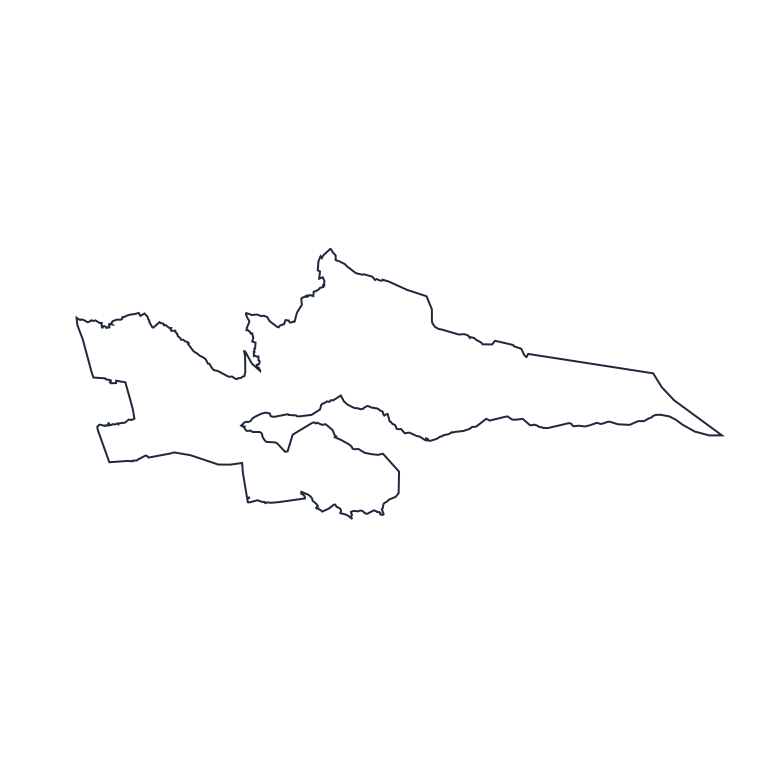 outline of Tetela del Volcán, Morelos, Mexico, rotated 64°
{"feature_id": "50627088B54865100778576", "entity_name": "Tetela del Volcán", "entity_type": "district", "adm_level": 2, "iso_a3": "MEX", "parent_name": "Mexico", "parent_adm1": "Morelos", "projection": "orthographic", "projection_center": [-98.713, 18.918], "detail": "fine", "context": "isolated", "style": "outline", "palette": "slate", "viewbox_px": 768, "rotation_deg": 64, "n_neighbors": 0, "source": "geoboundaries", "source_scale": "gbopen_adm2", "svg_char_len": 6165}
<svg xmlns="http://www.w3.org/2000/svg" viewBox="0 0 768 768"><g transform="rotate(64 384 384)"><path d="M492.4,137.4L420.2,241.2L422.2,244.1L420.0,245.2L412.5,245.2L407.2,250.5L405.4,251.0L393.9,265.2L395.8,269.5L391.5,278.1L389.6,278.3L384.5,281.9L382.2,282.8L379.6,285.9L380.1,286.7L377.3,287.1L374.3,290.1L372.4,295.0L360.2,308.4L358.6,310.7L355.0,313.1L350.9,313.8L348.8,313.5L337.7,308.2L323.8,307.3L309.5,322.0L293.9,334.9L289.7,339.5L290.2,340.0L289.6,341.9L286.4,344.7L286.5,346.6L283.4,347.1L282.1,347.7L276.5,354.1L276.2,355.7L272.0,360.7L261.6,365.9L259.4,366.4L254.5,370.1L251.4,373.1L247.3,371.1L243.3,372.3L239.5,372.6L239.0,373.1L241.8,382.3L243.6,384.6L241.4,385.0L245.1,389.2L252.8,393.7L254.8,392.2L260.9,396.1L261.2,392.3L265.5,392.4L267.6,393.9L268.9,394.3L268.4,395.2L269.9,395.5L269.7,396.2L270.2,396.4L269.5,399.4L270.2,400.8L270.7,403.4L270.3,406.8L274.0,409.0L271.6,411.5L271.9,414.6L271.6,415.6L270.8,414.8L270.7,420.4L271.1,421.0L276.8,423.1L281.8,431.1L288.7,436.9L288.6,437.8L288.2,437.8L288.1,440.2L287.2,441.8L285.2,441.8L283.4,444.5L286.4,447.6L286.0,448.1L286.3,449.1L285.8,451.5L286.9,453.9L285.8,455.0L277.3,459.3L272.7,459.6L269.9,462.1L269.2,464.5L265.8,467.8L264.2,472.3L259.9,476.7L260.8,477.6L265.6,477.8L267.9,477.4L269.3,478.0L273.1,482.3L275.2,484.0L275.8,482.7L276.9,482.6L278.0,481.7L280.4,481.5L280.7,480.3L285.4,481.3L288.1,483.8L290.5,481.3L295.4,484.2L295.3,485.0L298.4,486.4L298.1,487.0L301.9,488.7L302.3,487.2L303.8,486.2L304.2,484.8L307.6,486.4L308.2,485.9L309.5,485.9L311.5,487.8L310.9,489.9L312.9,490.8L314.3,489.5L317.7,489.4L318.0,489.6L307.8,493.8L293.9,494.5L293.3,495.3L298.2,496.7L312.4,503.4L315.7,506.1L315.4,508.1L315.9,510.1L314.8,512.6L315.2,514.0L314.0,515.4L310.8,517.2L309.3,520.5L299.3,527.8L296.9,530.9L294.0,531.7L289.4,532.0L288.5,533.3L283.8,533.4L281.6,534.3L277.5,537.4L275.5,538.1L271.2,540.8L262.0,542.6L261.7,541.6L260.5,542.0L258.2,544.2L256.3,545.0L255.0,547.2L253.6,547.0L250.5,548.3L247.9,547.9L245.9,548.7L244.6,548.2L243.0,551.8L241.8,552.0L240.4,550.7L239.7,552.3L235.4,554.4L234.8,556.0L234.2,555.7L232.9,556.0L231.2,558.2L230.0,558.7L232.2,566.7L231.1,567.4L225.4,567.8L224.0,567.1L222.6,567.5L219.7,567.0L215.6,568.4L216.0,573.0L212.6,573.3L211.9,577.2L210.4,581.7L209.8,585.2L209.9,588.3L209.2,589.7L210.7,590.8L210.9,592.2L209.0,596.1L208.6,600.2L209.9,602.8L211.4,602.2L209.7,604.7L210.7,605.5L211.6,605.4L212.7,606.0L212.0,608.5L211.6,608.1L209.2,610.3L208.9,611.5L209.9,612.0L209.6,612.7L207.0,612.0L205.7,610.9L205.2,611.1L204.6,612.8L200.4,615.4L200.0,617.2L198.9,619.2L198.5,619.2L198.8,621.8L198.4,623.5L195.6,625.2L193.3,627.6L193.3,629.1L189.7,631.3L196.8,633.8L212.0,635.2L245.0,641.6L250.8,642.3L256.7,632.1L257.7,632.1L260.8,628.0L261.9,628.4L262.2,629.6L263.7,629.0L265.7,624.4L263.6,623.3L269.1,615.7L296.5,620.8L305.7,623.5L305.7,626.6L304.1,629.0L305.2,633.8L303.0,639.9L303.8,640.4L302.4,641.7L302.6,642.6L302.0,644.5L301.2,645.1L301.3,647.0L300.8,648.6L300.3,649.0L298.9,648.4L298.5,649.0L300.4,650.4L299.0,652.4L299.4,653.2L296.0,657.1L296.0,658.5L296.8,660.5L300.0,661.4L333.9,665.2L340.7,648.3L343.2,643.9L342.8,643.8L343.2,641.9L344.1,640.6L344.4,639.1L344.0,638.3L343.8,629.7L344.9,628.5L346.9,627.9L352.9,606.2L353.5,602.6L363.2,589.1L383.7,568.3L389.0,557.7L392.8,546.2L402.4,549.9L426.4,557.0L426.8,555.1L427.3,555.2L426.8,557.1L430.6,558.2L431.1,557.6L431.8,555.1L433.0,548.7L436.8,544.9L437.6,543.1L439.0,543.0L439.3,540.7L441.3,537.5L444.1,530.2L452.2,505.2L450.6,504.6L448.7,504.8L446.2,506.5L444.7,505.5L449.9,500.9L452.7,499.4L455.3,498.8L457.6,499.3L462.0,497.4L464.7,496.9L465.3,499.0L466.4,499.2L467.2,497.4L468.2,497.4L469.4,496.3L471.6,495.4L471.8,488.6L470.5,481.8L471.0,480.8L473.7,480.3L476.8,478.0L479.0,478.1L480.9,479.9L484.4,475.8L487.1,473.7L491.4,471.7L489.1,471.9L487.3,470.0L486.1,470.3L484.4,469.6L484.8,466.8L487.1,463.2L487.2,461.3L488.0,459.7L489.2,458.7L491.2,458.1L492.7,457.0L493.3,455.8L493.1,448.4L495.4,446.4L496.0,446.4L497.1,444.3L498.5,443.8L499.5,444.5L501.1,442.5L500.7,441.3L495.7,440.9L495.1,439.6L491.8,437.2L491.1,435.8L491.0,433.0L490.1,430.4L490.5,422.9L488.5,418.7L469.4,408.9L446.2,415.5L445.0,420.6L441.3,426.4L437.4,431.5L431.3,435.4L429.5,439.5L428.3,440.6L426.4,440.5L423.6,441.5L415.8,446.8L410.3,451.5L409.9,450.0L408.4,450.8L402.8,450.4L394.6,454.1L393.5,457.6L389.4,461.2L389.5,462.7L387.8,463.7L387.5,465.7L389.5,488.3L402.3,500.2L401.6,502.6L390.6,506.0L388.8,507.4L384.6,514.9L383.3,515.7L378.8,516.4L375.5,515.6L373.9,515.8L372.6,516.9L369.9,522.4L368.9,523.7L367.5,524.2L366.3,527.4L365.3,528.3L361.4,528.9L361.1,528.1L360.2,529.8L358.7,530.6L358.4,528.4L357.4,527.3L357.6,524.2L358.5,523.1L358.8,521.6L358.8,520.2L357.3,517.3L356.9,514.5L356.9,507.6L357.8,503.0L360.4,499.6L363.3,499.9L365.3,497.4L369.0,483.6L370.0,483.3L373.7,476.8L374.5,476.6L375.8,474.8L380.0,462.7L378.9,452.7L375.2,449.5L374.8,448.3L375.0,445.5L374.6,443.1L376.1,440.8L375.3,438.8L376.4,436.8L375.4,427.9L382.1,427.6L386.6,425.8L392.3,421.4L395.0,417.4L396.3,416.3L397.2,413.5L396.5,412.2L396.5,408.3L400.5,404.7L400.6,403.9L401.8,402.9L402.2,401.7L404.2,399.9L406.3,399.0L407.9,397.5L409.6,397.3L410.5,397.9L412.5,397.6L412.2,394.9L412.6,393.9L420.1,395.3L421.4,394.3L423.2,394.1L425.6,392.2L427.9,391.9L429.4,392.4L430.5,391.7L432.0,388.4L437.3,387.0L438.9,382.4L444.8,377.6L447.1,374.9L452.2,371.8L453.2,370.7L451.4,370.1L452.4,368.8L454.1,368.9L455.3,367.7L456.4,360.6L455.9,356.4L456.5,354.8L456.1,353.3L457.5,347.4L457.0,344.3L457.6,344.0L458.0,341.7L461.0,333.3L461.9,326.5L461.2,323.9L462.7,319.9L460.1,307.3L463.2,305.0L466.7,288.9L467.4,287.1L472.0,284.5L473.6,281.8L476.2,274.6L484.9,270.9L486.1,268.7L486.4,266.8L488.8,264.3L491.0,263.0L491.9,261.3L493.2,260.3L495.5,255.8L500.2,235.1L501.6,233.2L504.8,232.5L505.1,232.0L506.9,227.2L510.2,222.1L511.3,217.5L512.2,209.7L514.8,206.9L515.3,205.6L516.1,199.5L516.8,197.7L522.8,191.3L528.4,181.1L528.8,171.8L531.0,167.3L531.4,165.1L531.0,162.9L531.3,158.4L530.7,156.3L530.9,153.3L532.9,148.9L538.3,141.6L544.4,137.2L551.8,133.3L563.0,125.5L572.8,114.2L578.3,102.8L525.8,130.4L508.8,135.7L492.4,137.4Z" fill="none" stroke="#1e293b" stroke-width="2"/></g></svg>